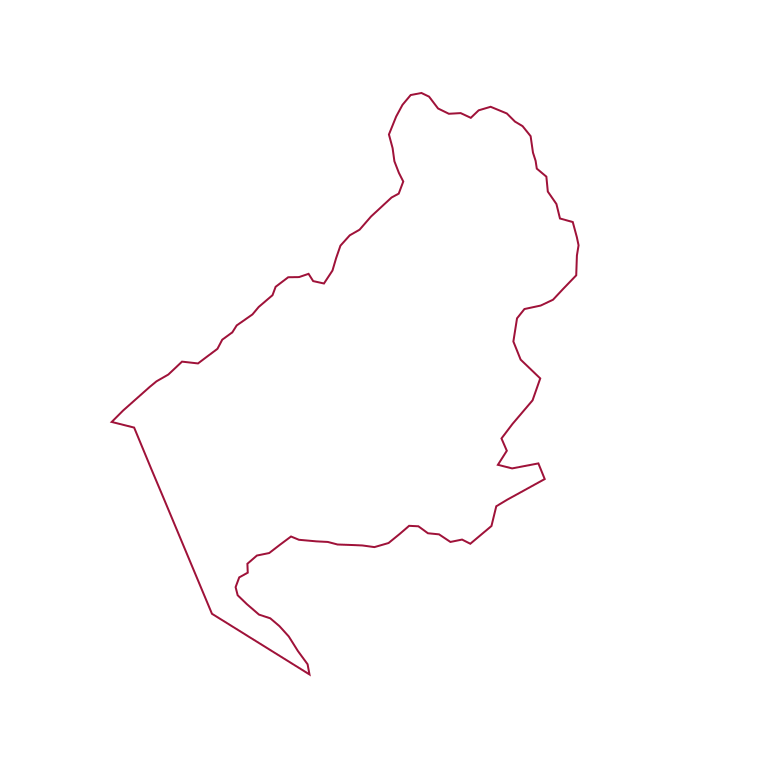 Poção, Pernambuco, Brazil, rotated 130°
{"feature_id": "56859067B37622328972357", "entity_name": "Poção", "entity_type": "district", "adm_level": 2, "iso_a3": "BRA", "parent_name": "Brazil", "parent_adm1": "Pernambuco", "projection": "orthographic", "projection_center": [-36.718, -8.218], "detail": "fine", "context": "isolated", "style": "outline", "palette": "rose", "viewbox_px": 768, "rotation_deg": 130, "n_neighbors": 0, "source": "geoboundaries", "source_scale": "gbopen_adm2", "svg_char_len": 1578}
<svg xmlns="http://www.w3.org/2000/svg" viewBox="0 0 768 768"><g transform="rotate(130 384 384)"><path d="M177.2,306.6L161.6,318.8L152.7,324.1L147.6,330.6L138.6,343.5L144.1,355.6L135.3,367.6L131.3,382.2L120.8,392.9L120.8,405.4L115.6,411.3L111.0,418.6L99.9,431.0L97.4,443.6L98.8,452.3L97.8,463.8L103.1,480.5L113.5,487.4L124.3,488.6L127.2,499.4L135.3,508.0L138.2,519.7L134.9,534.2L137.0,542.4L145.5,549.3L158.2,549.3L171.3,546.6L189.7,540.6L197.8,529.0L206.7,519.2L212.7,508.3L216.5,499.4L228.7,495.1L236.3,498.1L264.0,501.6L281.5,501.9L292.1,505.8L306.0,506.3L318.3,501.6L330.2,496.4L345.6,494.6L350.7,504.4L348.1,512.6L356.7,517.8L363.8,526.0L379.2,529.5L387.6,526.5L405.5,529.5L415.3,529.5L433.8,534.5L441.9,533.4L454.0,536.4L464.1,534.2L476.5,537.1L487.8,539.7L496.7,553.1L515.4,555.3L528.2,560.0L536.8,561.6L572.0,566.8L588.1,568.2L578.0,547.4L598.7,507.6L613.1,479.5L670.6,368.1L654.4,254.4L647.8,262.4L643.9,278.3L638.6,294.7L636.7,308.4L636.6,320.5L641.0,331.5L640.8,347.4L639.9,360.3L635.0,367.1L625.2,370.6L616.1,367.1L609.5,373.1L597.1,371.1L587.3,363.3L573.7,360.3L560.6,357.2L558.0,349.0L547.9,334.5L541.1,325.5L536.8,316.4L526.5,303.2L521.6,296.8L515.1,286.5L502.9,278.3L488.8,275.6L476.5,273.6L470.9,266.2L470.1,254.4L463.8,245.2L462.3,231.6L453.0,224.2L450.9,215.2L423.7,210.4L405.5,219.4L393.3,215.2L353.5,199.8L345.6,214.7L366.3,231.6L372.7,244.8L356.2,247.0L350.2,259.0L332.0,259.9L301.0,259.7L279.3,267.9L277.5,295.0L268.3,312.2L248.2,324.3L236.3,324.6L223.2,314.4L210.8,308.7L196.1,307.9L177.2,306.6Z" fill="none" stroke="#9f1239" stroke-width="2"/></g></svg>